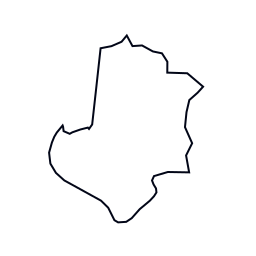 outline of Leposavić, rotated 246°
{"feature_id": "KOS-5893", "entity_name": "Leposavić", "entity_type": "District", "adm_level": 1, "iso_a3": "XKX", "parent_name": "Kosovo", "parent_adm1": "", "projection": "albers", "projection_center": [20.786, 43.117], "detail": "fine", "context": "isolated", "style": "outline", "palette": "ink", "viewbox_px": 256, "rotation_deg": 246, "n_neighbors": 0, "source": "natural_earth", "source_scale": "10m", "svg_char_len": 760}
<svg xmlns="http://www.w3.org/2000/svg" viewBox="0 0 256 256"><g transform="rotate(246 128 128)"><path d="M127.0,42.6L133.5,44.6L137.6,45.9L145.7,52.6L150.0,57.1L152.8,61.1L156.9,69.3L155.6,69.2L151.3,67.9L146.4,72.4L146.7,75.4L146.0,83.9L144.7,91.5L143.0,92.0L145.8,96.7L177.4,115.2L212.0,135.4L209.5,146.2L209.4,157.2L213.0,164.5L201.0,165.4L197.7,174.4L187.8,181.9L182.4,189.4L172.5,190.9L162.6,186.4L153.9,204.4L135.2,213.4L131.9,205.9L128.6,195.4L118.7,187.9L105.6,180.4L88.0,180.4L79.3,169.9L62.6,165.8L71.6,146.5L73.5,132.2L70.3,128.6L66.0,128.4L61.4,129.0L57.6,127.8L55.1,124.0L52.7,118.4L49.1,105.7L44.1,94.7L43.0,88.2L45.8,80.6L49.3,78.1L63.2,77.5L72.6,73.8L106.0,48.5L116.3,43.9L127.0,42.6Z" fill="none" stroke="#020617" stroke-width="2"/></g></svg>